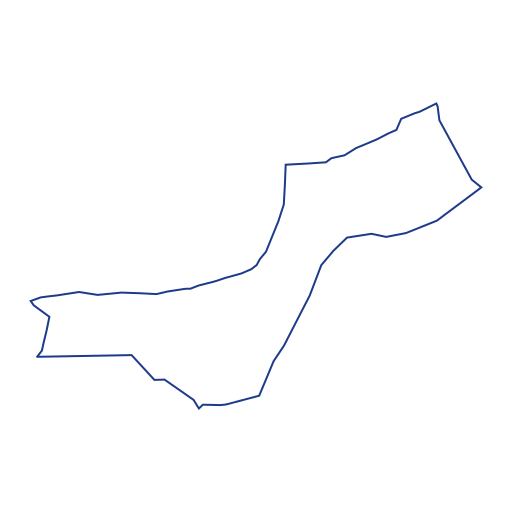 the district of Tulus, Southern Darfur, Sudan
{"feature_id": "16777658B64128341044045", "entity_name": "Tulus", "entity_type": "district", "adm_level": 2, "iso_a3": "SDN", "parent_name": "Sudan", "parent_adm1": "Southern Darfur", "projection": "albers", "projection_center": [24.908, 11.261], "detail": "fine", "context": "isolated", "style": "outline", "palette": "blue", "viewbox_px": 512, "rotation_deg": 0, "n_neighbors": 0, "source": "geoboundaries", "source_scale": "gbopen_adm2", "svg_char_len": 1035}
<svg xmlns="http://www.w3.org/2000/svg" viewBox="0 0 512 512"><path d="M47.4,296.5L40.7,297.4L30.7,301.0L33.7,305.3L42.3,311.6L49.4,316.8L47.9,324.1L46.6,330.5L43.7,342.4L41.9,350.6L37.2,356.7L37.3,356.8L131.6,355.1L154.4,379.9L164.5,379.6L193.6,399.9L198.9,408.5L202.9,404.7L220.5,405.1L224.1,404.7L226.0,404.5L259.2,395.7L273.6,361.2L284.0,345.6L303.1,308.4L309.7,295.6L321.3,265.1L333.5,250.7L347.0,237.6L371.5,233.8L386.2,236.9L405.8,233.1L437.0,220.6L445.2,214.4L463.3,200.9L481.3,187.4L471.7,179.6L442.6,126.2L439.4,120.3L438.2,111.1L437.6,106.3L436.3,103.5L419.5,111.8L414.6,113.3L404.8,117.3L401.2,118.8L396.4,129.9L388.4,133.4L376.4,139.6L356.2,148.0L344.5,155.3L331.4,158.2L325.9,162.3L308.3,163.5L285.7,164.7L284.9,184.4L283.8,204.5L278.3,221.4L266.0,251.7L259.8,259.2L256.7,265.0L251.4,269.1L241.6,273.4L225.3,277.9L216.1,281.0L212.1,282.1L198.7,285.5L190.4,288.7L185.3,288.8L167.6,291.5L156.5,294.1L139.3,293.2L121.4,292.6L97.6,294.9L79.1,292.0L57.0,295.4L47.4,296.5Z" fill="none" stroke="#1e3a8a" stroke-width="2"/></svg>